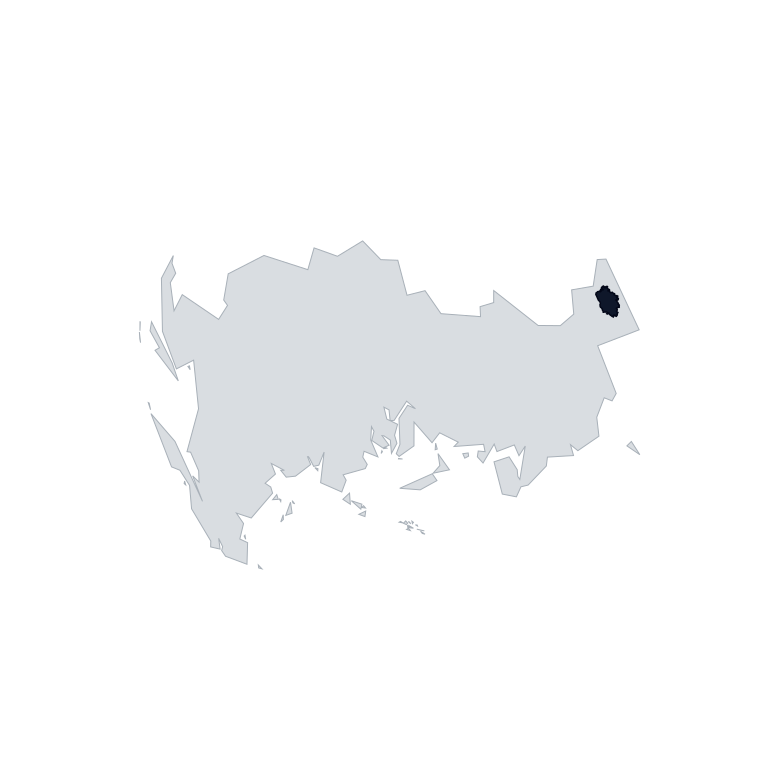 Russia, with Stavropol' highlighted, rotated 218°
{"feature_id": "RUS-2306", "entity_name": "Stavropol'", "entity_type": "Territory", "adm_level": 1, "iso_a3": "RUS", "parent_name": "Russia", "parent_adm1": "", "projection": "orthographic", "projection_center": [43.1, 44.947], "detail": "fine", "context": "in_parent", "style": "filled", "palette": "ink", "viewbox_px": 768, "rotation_deg": 218, "n_neighbors": 0, "source": "natural_earth", "source_scale": "10m", "svg_char_len": 7637}
<svg xmlns="http://www.w3.org/2000/svg" viewBox="0 0 768 768"><g transform="rotate(218 384 384)"><path d="M624.5,330.3L629.1,355.5L625.4,348.6L616.3,343.0L614.8,332.3L594.5,312.4L598.0,330.2L554.1,333.1L555.7,349.6L562.0,351.5L574.6,374.9L557.7,411.4L514.4,427.2L522.9,448.2L499.3,456.0L488.9,483.6L463.1,480.0L449.3,490.0L420.5,468.1L409.1,482.8L382.4,474.5L349.4,496.5L355.9,504.1L347.7,515.7L355.1,525.2L298.6,525.0L281.0,538.5L277.5,555.9L294.1,573.7L279.4,589.9L292.6,613.3L286.0,619.1L216.3,583.8L239.2,545.7L195.2,519.5L193.9,511.1L202.0,508.7L195.9,488.8L182.5,475.2L190.2,450.8L199.7,451.0L190.6,444.3L210.2,427.0L205.6,419.3L208.2,393.1L212.8,387.3L210.2,376.6L223.0,370.1L249.4,390.4L240.6,403.6L226.3,398.5L221.6,393.5L218.2,392.4L234.5,422.1L233.5,410.6L243.8,416.2L253.4,400.3L260.2,404.5L257.3,382.7L265.6,384.1L268.5,389.2L262.7,392.9L268.4,397.8L290.3,377.9L289.7,383.9L310.1,379.8L310.0,367.3L336.9,372.5L322.3,353.7L327.5,336.2L331.4,336.6L334.3,346.3L351.0,366.1L352.3,381.8L344.0,383.9L355.6,384.4L353.6,361.5L356.7,359.0L364.1,366.7L369.8,365.7L360.2,358.1L348.5,360.6L344.1,350.1L337.3,345.2L335.4,333.9L344.5,343.7L352.2,343.1L353.8,342.1L342.3,338.9L345.5,332.9L358.9,332.0L362.8,340.6L367.6,342.7L360.0,331.7L343.9,322.8L358.3,318.7L355.7,313.3L347.7,310.3L346.7,305.8L360.3,287.3L354.6,284.9L350.8,272.9L373.2,267.2L389.3,293.5L385.4,279.9L388.7,275.8L397.4,279.8L399.0,280.2L399.5,279.6L392.2,275.4L397.0,256.9L403.7,250.4L412.3,252.4L409.3,254.6L423.9,252.0L414.1,246.2L416.6,232.6L409.8,233.1L404.6,229.4L406.1,196.7L420.9,191.4L408.8,187.6L402.2,173.1L393.8,175.0L381.0,157.6L402.8,150.7L409.4,152.8L411.0,156.5L419.3,160.6L411.5,153.0L420.3,148.9L423.8,153.6L458.8,167.2L474.8,184.4L491.7,190.4L500.4,187.9L549.4,217.2L513.4,210.1L454.8,179.8L478.2,193.8L469.3,192.8L476.6,201.5L494.4,211.2L497.6,209.4L514.9,250.3L548.7,285.6L556.9,268.1L591.0,289.1L624.5,330.3ZM307.4,311.5L290.7,343.0L282.8,340.5L290.3,322.9L307.4,311.5ZM548.0,259.8L585.2,269.6L583.3,274.3L601.1,281.9L605.5,289.9L563.8,270.1L548.0,259.8ZM279.6,356.7L290.4,343.9L289.8,354.1L298.6,362.4L279.6,356.7ZM384.9,233.3L376.9,225.6L380.5,220.0L384.9,233.3ZM325.2,271.1L337.9,271.9L327.4,275.7L325.2,271.1ZM317.4,267.8L323.6,265.8L320.2,272.6L317.4,267.8ZM336.5,268.5L345.4,267.8L344.0,276.8L336.5,268.5ZM382.9,218.9L379.9,215.3L380.4,211.7L382.9,218.9ZM138.9,485.8L154.5,484.8L153.7,491.0L138.9,485.8ZM265.3,291.3L268.8,289.8L261.8,293.1L265.3,291.3ZM396.3,228.0L400.5,224.3L400.4,230.8L396.3,228.0ZM279.0,377.6L275.2,381.5L272.9,379.2L274.7,375.3L279.0,377.6ZM272.0,288.5L274.9,286.7L277.0,287.8L272.0,288.5ZM283.0,286.2L282.6,289.5L279.7,288.9L279.7,287.0L283.0,286.2ZM286.4,285.9L283.5,286.2L287.0,284.4L286.4,285.9ZM303.2,363.7L306.9,369.2L302.0,365.5L303.2,363.7ZM325.4,273.0L325.2,275.5L322.2,274.9L325.4,273.0ZM273.0,284.7L276.7,283.3L275.9,285.5L273.0,284.7ZM369.5,161.9L371.6,164.0L366.4,163.2L369.5,161.9ZM261.8,289.8L264.6,290.5L259.2,290.9L261.8,289.8ZM326.7,334.3L323.2,336.3L326.5,333.9L326.7,334.3ZM382.8,274.9L387.0,275.5L383.9,276.6L382.8,274.9ZM397.4,176.5L400.6,178.1L400.5,179.3L397.4,176.5ZM279.1,290.9L276.8,290.3L280.2,290.5L279.1,290.9ZM276.8,285.5L278.6,287.2L275.9,286.4L276.8,285.5ZM601.3,266.7L604.2,269.2L608.8,274.4L601.3,266.7ZM275.6,291.4L277.6,293.1L275.6,293.1L275.6,291.4ZM344.8,332.5L343.1,335.1L342.3,335.2L344.8,332.5ZM480.2,182.5L481.4,184.8L478.1,182.4L480.2,182.5ZM393.0,227.8L396.0,229.1L393.9,229.3L393.0,227.8ZM545.5,275.9L549.3,277.1L548.5,278.5L545.5,275.9ZM552.1,220.0L558.3,224.2L557.3,224.4L552.1,220.0ZM272.6,292.4L270.9,293.3L270.1,292.7L272.6,292.4ZM343.5,327.5L344.6,330.1L343.6,329.7L343.5,327.5ZM382.6,234.2L384.5,235.6L380.6,234.6L382.6,234.2ZM614.1,282.6L609.1,275.7L614.9,283.2L614.1,282.6Z" fill="#d9dde1" stroke="#a8b0b8" stroke-width="1"/><path d="M247.4,577.8L247.7,577.8L247.8,577.8L248.0,577.6L250.0,577.9L250.2,578.0L250.3,578.1L250.4,578.3L250.7,578.1L250.7,577.9L250.7,577.5L250.7,577.4L250.8,577.2L250.9,576.9L251.0,576.7L251.8,576.5L251.8,577.1L251.8,577.3L251.7,577.8L251.8,577.9L252.7,577.8L253.0,577.8L253.1,577.7L253.9,576.9L254.1,576.8L254.3,576.8L254.9,576.3L255.0,576.2L254.9,576.0L254.9,575.9L255.4,575.5L255.5,575.6L255.8,576.0L257.0,576.6L257.4,576.7L257.5,576.8L257.8,577.0L258.1,577.4L258.2,577.5L258.3,577.5L259.4,577.8L260.5,577.8L260.9,577.9L261.3,578.1L261.6,578.5L261.9,578.7L262.0,578.8L262.3,579.2L262.6,579.4L262.7,579.6L262.8,580.0L263.0,580.6L263.3,581.0L263.8,581.3L264.7,581.8L265.5,581.9L266.5,582.0L267.3,582.4L270.6,584.2L272.1,584.9L272.1,585.0L272.3,585.3L272.9,586.2L272.9,586.3L272.9,586.5L272.5,587.0L272.4,587.1L272.6,587.8L272.6,588.1L272.4,588.4L271.2,589.7L271.2,589.8L271.0,589.7L270.9,589.7L270.7,589.9L270.3,589.9L270.2,590.0L270.2,590.3L270.3,590.4L270.1,590.5L270.0,590.9L270.0,591.1L271.1,591.3L271.4,591.6L271.4,591.9L271.2,592.4L271.0,592.5L270.2,592.6L269.8,592.8L269.4,592.9L269.3,593.3L270.3,593.5L270.5,593.6L270.7,593.4L270.8,593.4L271.8,593.5L271.9,593.8L271.9,594.0L271.9,594.3L271.9,595.0L271.6,595.2L271.5,595.3L271.6,595.9L271.6,596.2L271.4,596.3L270.2,596.3L270.0,596.2L270.0,595.8L270.0,595.7L269.9,595.7L269.2,595.7L269.1,595.8L269.0,596.0L269.2,596.3L269.2,597.1L269.1,597.3L268.8,597.3L268.7,597.4L268.7,597.7L268.7,597.9L268.6,598.0L268.4,598.2L268.0,598.4L267.7,598.3L267.6,598.2L267.8,597.9L267.7,597.7L267.5,597.1L267.4,597.0L266.9,596.9L266.7,596.8L264.9,597.1L264.7,597.1L264.3,597.0L264.1,596.9L264.2,596.5L264.2,596.3L264.3,596.3L264.5,596.1L264.6,595.9L264.9,595.8L265.0,595.7L265.0,595.4L264.9,595.3L264.7,595.4L264.6,595.6L264.4,595.6L264.2,595.8L264.0,596.0L263.9,596.0L263.4,596.0L263.2,595.8L263.1,595.7L262.4,595.7L262.2,595.5L261.7,595.4L261.5,595.5L261.0,595.9L261.0,596.0L260.9,596.2L260.9,596.4L260.8,596.7L260.7,596.7L260.6,596.8L260.3,596.8L259.9,596.8L259.1,596.6L258.8,596.6L258.6,596.6L258.1,597.1L257.9,597.1L257.7,596.7L257.6,596.2L257.3,595.8L257.2,595.8L256.9,596.0L256.7,596.2L256.6,596.3L255.7,596.4L255.3,596.6L255.0,597.0L254.8,597.1L254.1,597.0L253.9,597.1L253.8,596.9L253.7,596.8L253.8,596.4L253.8,596.2L253.7,596.1L253.4,596.0L253.4,595.9L253.6,595.8L253.7,595.7L253.2,595.7L253.1,595.4L253.3,595.3L253.3,595.2L253.0,595.0L252.8,595.1L252.7,595.1L252.6,595.3L252.7,595.6L252.3,595.7L252.2,595.7L251.9,595.6L251.8,595.4L251.7,595.1L251.7,594.9L251.5,594.7L251.4,594.6L251.5,594.2L251.8,594.1L252.0,593.9L252.2,593.7L252.3,593.6L252.7,593.5L252.8,593.4L253.1,593.2L253.1,592.8L252.7,592.7L252.3,592.9L252.0,593.0L251.8,593.0L251.8,592.9L251.8,592.7L251.7,592.6L251.4,592.5L251.0,592.3L250.6,592.3L250.4,592.2L250.2,592.2L249.8,592.1L249.7,592.0L249.4,591.9L249.2,591.8L249.2,591.5L249.1,591.2L248.6,591.0L248.4,591.1L248.2,591.3L247.9,591.3L247.9,591.0L247.8,590.9L247.7,590.9L247.3,590.8L247.2,590.6L246.9,590.6L246.8,590.1L246.7,590.0L246.4,589.9L246.3,589.7L246.0,589.5L246.0,589.4L245.9,589.2L246.0,589.0L246.5,588.9L247.0,588.3L247.1,588.1L247.4,587.4L247.5,587.1L247.5,586.9L247.5,586.7L247.4,586.6L246.3,586.6L246.2,586.5L246.1,586.1L246.0,585.9L245.8,585.8L245.6,585.5L245.6,585.3L245.7,584.9L245.7,584.5L245.4,584.4L245.2,584.3L243.7,584.4L243.6,584.2L243.6,583.8L243.7,583.7L243.5,583.4L243.5,583.2L243.4,582.8L243.3,582.7L243.0,582.5L243.0,582.1L243.0,581.9L242.9,581.9L242.6,581.7L242.6,581.1L242.6,580.3L242.7,580.2L243.5,580.2L243.8,580.1L243.9,580.3L244.0,580.4L244.4,580.3L244.5,580.3L244.6,580.2L244.7,579.8L244.7,579.7L245.1,579.7L245.3,579.7L245.3,579.3L245.3,579.2L245.1,579.2L245.2,578.8L245.2,578.7L244.7,578.6L244.6,578.4L244.6,577.9L246.0,578.0L246.1,577.7L247.0,577.7L247.3,577.7L247.4,577.8Z" fill="#0f172a" stroke="#020617" stroke-width="1.5"/></g></svg>